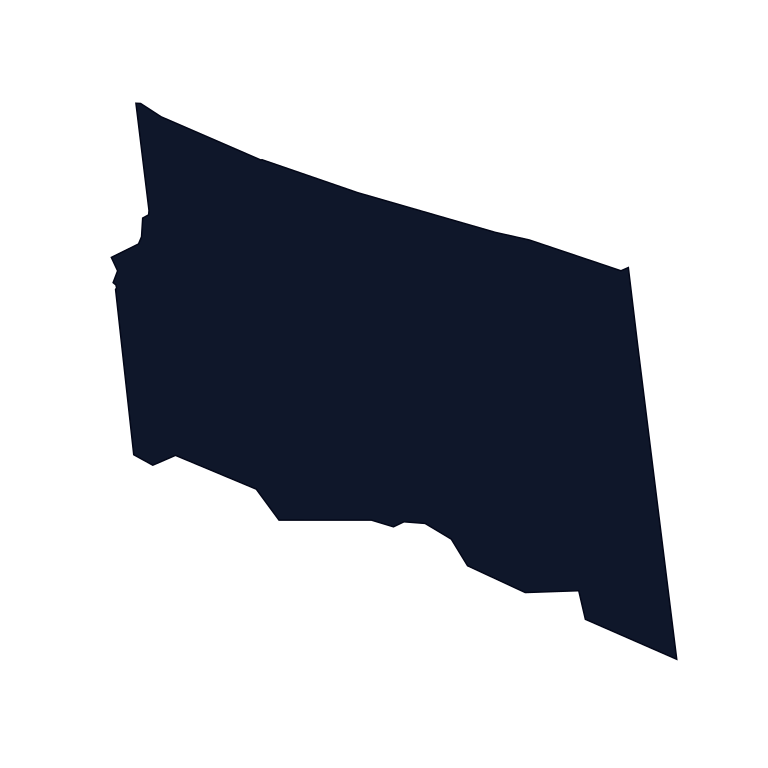 Cambria, Pennsylvania, United States of America (Robinson projection), rotated 83°
{"feature_id": "52423323B19514206676815", "entity_name": "Cambria", "entity_type": "district", "adm_level": 2, "iso_a3": "USA", "parent_name": "United States of America", "parent_adm1": "Pennsylvania", "projection": "robinson", "projection_center": [-78.751, 40.484], "detail": "fine", "context": "isolated", "style": "filled", "palette": "ink", "viewbox_px": 768, "rotation_deg": 83, "n_neighbors": 0, "source": "geoboundaries", "source_scale": "gbopen_adm2", "svg_char_len": 670}
<svg xmlns="http://www.w3.org/2000/svg" viewBox="0 0 768 768"><g transform="rotate(83 384 384)"><path d="M75.1,596.0L183.2,596.1L187.4,597.0L189.9,603.3L208.3,606.7L215.1,610.6L225.1,639.2L239.2,634.6L250.4,640.5L253.0,638.0L256.1,637.7L257.4,638.9L265.4,639.0L423.7,641.0L436.4,623.4L432.9,611.5L431.5,606.7L429.4,599.7L457.0,551.3L472.8,523.6L506.3,504.8L517.6,413.0L526.9,392.0L523.2,381.0L527.4,360.2L546.2,336.1L574.6,323.2L608.2,269.2L612.9,215.9L642.1,212.8L692.9,127.0L376.0,127.5L298.2,127.3L300.5,135.0L258.8,222.1L247.0,255.2L190.8,387.0L146.5,477.8L146.7,478.9L91.6,572.7L75.9,591.4L75.1,596.0Z" fill="#0f172a" stroke="#020617" stroke-width="1.5"/></g></svg>